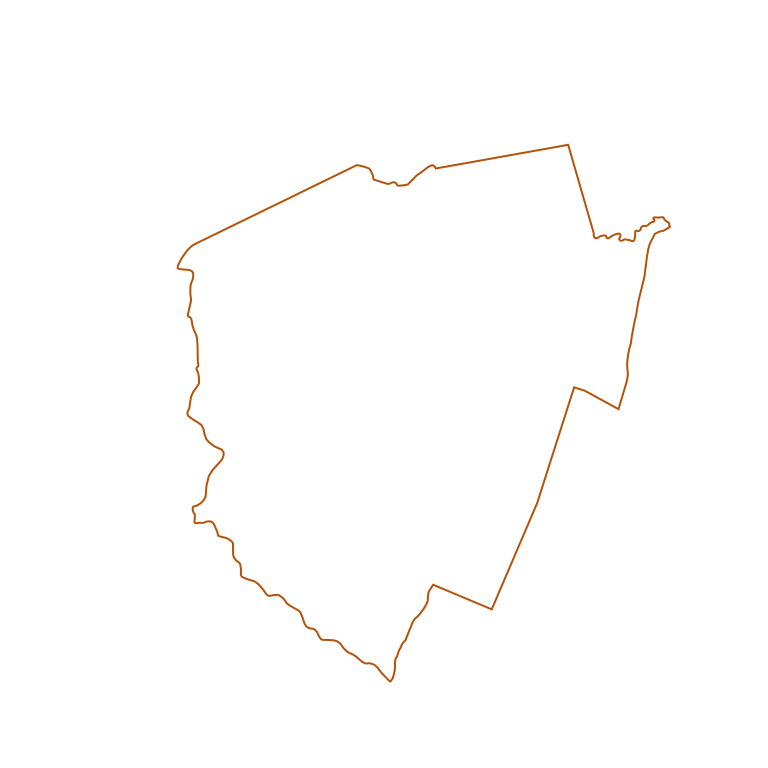 the district of Valladolid, Lempira, Honduras, rotated 197°
{"feature_id": "27666195B50240677201560", "entity_name": "Valladolid", "entity_type": "district", "adm_level": 2, "iso_a3": "HND", "parent_name": "Honduras", "parent_adm1": "Lempira", "projection": "robinson", "projection_center": [-88.707, 14.154], "detail": "fine", "context": "isolated", "style": "outline", "palette": "amber", "viewbox_px": 768, "rotation_deg": 197, "n_neighbors": 0, "source": "geoboundaries", "source_scale": "gbopen_adm2", "svg_char_len": 6166}
<svg xmlns="http://www.w3.org/2000/svg" viewBox="0 0 768 768"><g transform="rotate(197 384 384)"><path d="M607.5,460.8L609.6,457.4L610.9,454.8L611.6,453.1L613.6,447.3L614.1,445.5L614.6,443.3L615.4,439.0L615.6,437.0L615.4,435.0L615.3,434.6L615.0,434.3L614.4,434.2L614.0,434.1L612.2,434.3L609.6,434.8L604.5,435.9L603.3,436.0L602.2,436.0L600.9,435.7L599.8,435.1L599.4,434.8L599.0,434.2L598.5,433.1L597.9,431.0L597.6,428.7L597.6,426.7L597.9,423.5L597.9,422.4L597.7,421.3L596.9,418.1L595.7,414.1L594.6,411.3L593.3,408.7L592.9,407.2L591.8,392.9L591.7,392.4L591.4,391.9L591.0,391.5L590.6,391.3L589.5,391.2L588.8,391.0L588.1,390.6L587.5,390.0L586.4,388.3L584.7,384.8L583.4,382.6L581.3,379.8L578.2,376.3L577.5,375.3L576.8,374.1L575.5,371.3L574.0,367.6L568.9,351.9L568.4,350.7L567.5,348.8L567.0,347.6L566.9,346.9L567.0,346.4L567.2,345.9L567.7,345.3L567.9,344.8L567.9,344.2L567.8,343.7L567.1,342.6L565.4,340.9L564.6,339.5L563.7,337.8L562.5,335.0L561.6,332.2L561.2,330.4L561.2,329.9L562.4,325.6L564.1,320.8L564.8,315.4L563.9,309.0L563.1,303.9L563.6,300.1L563.4,298.0L561.8,296.2L556.0,294.1L550.7,292.8L546.5,291.3L543.3,288.0L541.1,283.7L537.7,279.3L534.7,277.3L532.3,276.4L528.2,274.8L522.1,274.0L520.0,273.9L517.3,271.6L516.5,268.3L516.9,264.2L519.8,258.0L522.9,251.1L524.6,244.7L524.0,234.6L521.7,224.4L522.1,221.6L522.5,220.3L523.3,218.5L524.3,216.7L525.2,215.4L526.4,214.1L527.9,212.6L528.6,212.1L529.5,211.8L530.1,211.4L530.5,210.8L530.7,210.2L530.7,209.4L530.5,208.6L529.7,206.9L528.8,205.7L528.1,205.0L527.2,204.3L526.6,203.6L526.3,202.6L525.5,199.3L525.0,196.9L524.9,196.4L524.7,196.2L524.3,196.0L523.9,196.0L522.8,196.1L519.9,197.3L517.1,198.1L515.9,198.6L515.2,199.0L514.3,199.8L513.5,200.5L512.0,201.2L510.4,201.7L509.5,201.8L508.8,201.8L507.7,201.5L506.8,201.0L505.8,200.3L505.0,199.5L503.5,197.8L500.3,193.9L499.5,192.7L498.6,191.0L498.3,190.7L498.0,190.4L497.5,190.3L495.9,190.3L490.7,190.5L488.8,190.5L487.0,190.1L485.2,189.5L483.8,188.9L482.7,188.3L482.1,187.8L481.7,186.9L480.3,182.7L478.5,177.1L478.2,176.3L477.7,175.5L476.9,174.5L476.3,173.8L474.2,172.3L473.0,171.7L471.1,171.2L470.5,170.9L469.9,170.5L469.0,169.7L468.5,169.0L468.0,168.1L467.0,165.8L466.2,163.8L465.6,161.4L465.2,160.2L464.7,159.4L464.3,158.8L463.8,158.3L463.3,158.0L462.7,157.9L461.3,157.7L457.6,157.4L454.4,157.3L451.0,157.5L449.0,157.0L447.2,156.4L445.5,155.8L441.2,153.2L439.1,151.8L436.9,150.0L435.4,148.9L434.3,148.2L433.0,147.8L432.2,147.8L431.2,148.1L427.4,150.0L423.9,151.3L422.8,151.4L420.8,150.8L418.5,149.9L417.1,149.1L415.5,148.1L413.5,146.3L412.7,145.8L411.8,145.4L407.4,144.1L400.1,142.5L399.0,142.1L398.0,141.7L397.3,141.2L394.5,138.0L393.1,136.1L391.2,133.3L390.0,131.8L388.9,130.7L387.8,129.7L386.5,129.0L384.7,128.8L383.5,128.7L382.5,128.7L380.5,129.2L379.9,129.2L379.1,129.1L378.2,128.8L376.2,127.6L375.3,127.1L373.9,125.3L372.3,123.7L370.3,122.0L369.4,121.5L368.5,121.4L367.4,121.5L365.6,122.0L361.5,123.2L357.5,124.1L354.6,124.3L353.8,124.2L352.8,124.0L351.2,123.5L349.8,122.9L348.6,122.0L346.7,120.5L345.6,119.7L343.2,118.4L341.0,117.3L339.9,117.0L338.7,116.7L336.2,116.5L335.0,116.3L332.3,115.6L330.1,114.8L326.0,112.9L324.7,112.4L323.2,111.9L321.6,111.5L320.1,111.4L319.3,111.5L317.4,112.4L316.0,112.7L314.3,112.8L312.4,112.8L311.3,112.7L310.5,112.4L308.9,111.7L307.5,111.0L305.7,109.8L302.6,107.5L297.8,104.7L295.3,103.3L292.2,101.7L291.5,101.5L290.9,101.4L289.9,104.0L289.6,105.4L289.7,108.8L290.0,113.3L291.0,117.3L292.1,120.9L292.6,124.6L291.9,127.0L291.8,129.5L291.8,132.4L291.6,134.6L291.1,136.3L290.9,137.6L290.8,139.6L290.1,142.1L288.4,145.8L288.3,148.9L288.0,152.0L287.7,156.2L287.2,159.9L287.1,163.7L286.0,168.3L284.1,171.2L282.8,173.8L281.6,176.9L280.6,179.8L279.5,183.7L278.7,188.8L279.2,191.4L280.1,194.8L280.5,197.8L280.1,200.2L278.3,206.4L215.1,200.0L202.7,315.0L201.2,436.4L190.1,436.3L152.4,428.5L152.6,457.0L153.1,461.6L153.8,465.3L155.8,469.9L157.4,474.4L158.4,479.1L159.2,484.0L159.7,489.3L159.8,494.8L161.1,503.1L162.7,517.8L163.1,524.6L164.2,531.6L165.0,538.9L166.3,562.5L169.9,583.6L170.3,587.5L170.7,589.4L170.8,595.4L170.3,599.2L169.6,602.4L169.0,606.6L166.1,609.4L164.6,610.6L161.9,612.0L160.0,613.9L156.5,618.0L157.0,618.3L157.5,618.8L157.6,619.3L157.8,620.4L158.1,620.9L158.4,621.2L159.3,621.6L161.3,622.1L162.8,622.7L163.9,623.4L165.1,624.6L165.6,624.9L166.3,624.9L166.9,624.7L170.3,623.4L174.3,622.3L174.6,622.1L174.8,621.8L174.8,621.2L174.6,620.6L173.6,620.2L173.3,619.7L173.1,619.3L173.1,618.9L173.4,618.3L174.0,617.7L175.3,617.0L176.1,616.3L177.0,615.1L178.2,613.0L179.1,612.0L180.1,611.5L181.3,611.3L182.0,611.1L182.6,610.7L183.2,610.2L183.6,609.6L183.8,608.9L183.9,608.3L183.8,607.2L183.9,606.4L184.3,605.6L184.8,604.9L185.3,604.6L185.8,604.4L186.2,604.3L187.2,604.5L187.5,604.5L187.9,604.3L188.2,603.9L188.3,603.4L188.2,602.6L187.2,599.2L186.8,595.9L186.8,594.9L186.8,594.5L187.1,594.0L187.5,593.6L188.0,593.3L188.7,593.1L189.5,593.1L190.5,593.4L191.2,593.4L193.5,593.1L196.1,592.7L196.8,592.3L197.6,591.3L198.4,590.6L199.1,590.2L199.9,590.2L200.4,590.4L200.9,590.7L201.3,591.1L201.5,591.7L201.6,592.3L201.5,592.7L201.2,593.8L201.1,594.4L201.2,595.0L201.4,595.5L201.7,596.0L202.2,596.3L202.8,596.5L203.3,596.5L204.1,596.2L205.3,595.5L207.9,593.6L209.6,591.9L211.2,589.8L211.7,589.3L212.4,588.9L213.1,588.7L213.6,588.8L214.0,589.2L214.4,590.0L214.9,590.5L215.6,590.7L216.2,590.7L216.9,590.4L217.9,590.0L220.1,588.7L220.9,588.0L222.3,586.4L223.2,585.7L224.1,585.4L224.6,585.4L225.1,585.5L225.5,585.8L226.0,586.2L226.7,587.0L227.2,588.2L227.5,589.5L277.8,666.6L397.4,605.3L398.6,606.3L400.3,607.3L401.1,607.4L402.1,607.1L403.1,606.4L403.9,605.8L405.5,604.0L410.1,597.6L413.6,593.2L414.2,592.1L419.5,581.8L419.8,581.6L421.9,580.5L425.1,579.0L427.4,578.1L428.3,577.8L428.7,577.8L429.2,577.9L429.7,578.2L430.8,579.2L431.4,579.6L432.2,579.9L433.1,579.9L434.1,579.6L434.9,579.3L435.6,578.7L436.6,577.7L437.4,577.1L438.2,576.7L439.0,576.4L446.6,576.4L453.1,576.5L453.7,576.7L454.2,577.2L455.4,579.6L456.0,580.7L456.7,581.5L460.0,585.0L460.7,585.4L461.4,585.7L462.1,585.8L465.1,585.9L468.2,585.9L471.8,585.7L473.3,585.4L474.3,585.1L606.4,461.9L606.7,461.4L606.9,461.1L607.5,460.8Z" fill="none" stroke="#b45309" stroke-width="2"/></g></svg>